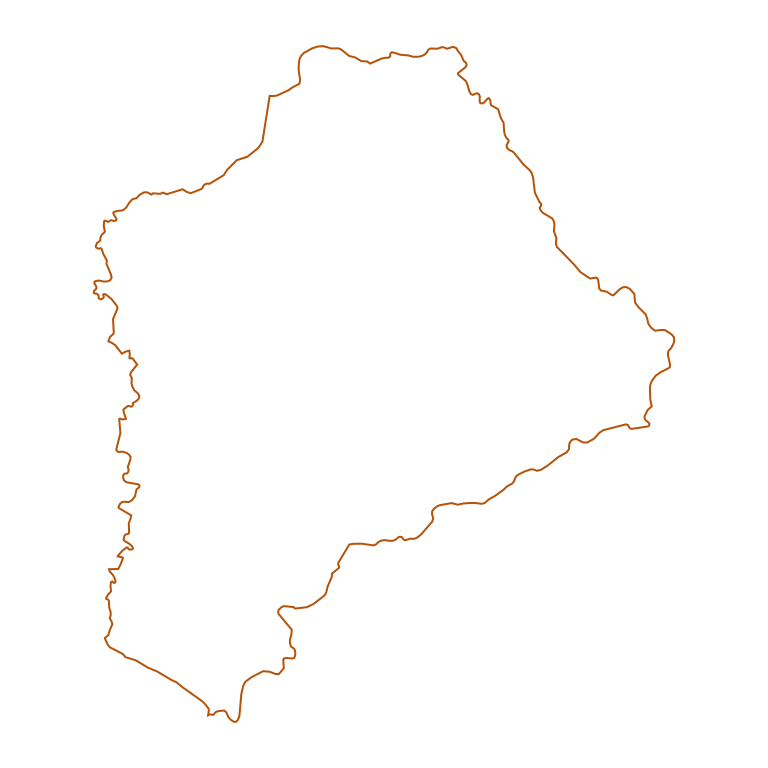 Piraera, Lempira, Honduras (Mercator projection)
{"feature_id": "27666195B26013568254344", "entity_name": "Piraera", "entity_type": "district", "adm_level": 2, "iso_a3": "HND", "parent_name": "Honduras", "parent_adm1": "Lempira", "projection": "mercator", "projection_center": [-88.47, 14.049], "detail": "fine", "context": "isolated", "style": "outline", "palette": "amber", "viewbox_px": 768, "rotation_deg": 0, "n_neighbors": 0, "source": "geoboundaries", "source_scale": "gbopen_adm2", "svg_char_len": 6041}
<svg xmlns="http://www.w3.org/2000/svg" viewBox="0 0 768 768"><path d="M651.7,406.3L650.3,399.6L649.9,387.8L650.5,384.0L652.4,380.0L655.8,375.6L661.1,371.9L668.6,368.2L669.8,367.0L670.1,364.9L668.0,355.5L667.9,352.8L668.6,350.9L671.1,348.1L673.5,343.7L674.3,339.8L673.7,336.9L671.7,334.5L665.2,330.2L662.0,329.9L655.0,330.7L651.2,327.8L648.4,323.9L647.2,318.6L645.6,314.3L638.4,307.1L635.4,303.1L634.9,301.4L634.4,294.0L629.8,288.9L626.5,287.1L623.0,287.2L619.8,289.2L613.3,295.4L611.2,294.7L606.7,291.7L600.9,290.5L599.2,288.4L598.3,280.5L597.3,278.2L595.6,277.6L590.1,278.6L580.4,272.1L574.4,264.9L556.9,246.9L555.9,243.8L556.4,238.0L553.9,231.2L554.5,224.5L553.8,221.1L552.2,218.4L542.6,212.7L540.1,209.5L539.7,207.6L541.0,206.0L541.2,204.0L539.4,201.8L534.9,192.8L533.1,177.7L531.5,172.6L529.5,170.0L523.6,164.6L513.9,152.6L512.6,151.5L509.2,150.0L507.0,147.8L506.6,145.2L508.5,141.7L508.7,140.4L506.3,137.6L504.8,134.8L504.1,130.8L503.6,122.8L501.0,118.4L498.1,109.2L491.3,105.4L490.6,103.8L490.3,100.0L488.7,98.1L487.8,98.4L484.0,102.6L481.8,103.5L480.3,103.1L479.6,101.0L479.8,96.5L479.0,94.3L477.1,93.3L475.2,93.7L473.0,94.9L470.9,94.1L469.4,91.4L467.4,84.6L465.8,81.0L458.2,74.7L457.9,73.7L458.4,72.8L465.2,67.5L466.4,65.9L466.6,64.4L465.9,62.7L463.7,60.9L461.0,54.7L457.9,51.0L456.4,48.2L453.1,46.8L446.8,48.8L444.6,47.6L442.0,47.1L437.7,48.7L430.4,48.5L428.2,49.8L426.8,52.6L424.5,54.7L420.9,56.3L417.2,56.8L412.7,56.7L408.8,55.5L400.2,54.7L394.4,52.7L391.6,52.3L390.3,53.7L390.1,56.4L388.8,57.6L384.4,57.9L381.3,58.7L370.1,63.6L367.2,61.4L361.4,61.2L355.3,57.5L349.1,55.9L341.5,49.7L338.4,48.3L331.5,48.5L323.2,46.1L317.6,46.6L312.2,48.3L303.9,52.9L301.5,55.4L299.8,58.3L299.0,62.1L298.7,67.5L298.7,70.5L300.1,79.7L299.4,83.8L292.3,87.5L288.7,90.1L277.1,95.5L273.1,96.1L269.7,95.9L262.4,141.7L258.3,148.0L247.4,156.7L236.8,160.2L227.2,169.7L223.9,175.0L209.5,183.8L207.0,183.6L204.9,184.4L203.4,185.8L202.1,188.4L201.1,189.1L190.8,193.2L186.9,192.0L182.7,189.3L166.6,194.2L163.1,192.6L160.3,193.8L153.0,193.3L151.5,194.6L147.5,192.4L144.1,192.3L139.8,194.7L136.4,198.2L133.2,198.9L131.8,199.8L129.2,202.8L126.4,207.3L123.9,209.6L122.0,210.5L117.4,210.9L113.7,212.1L113.3,212.9L113.7,214.5L116.5,218.8L116.2,220.4L113.8,221.0L111.1,220.2L108.0,221.9L105.2,220.6L104.1,221.2L103.8,226.4L104.9,231.8L101.7,234.8L100.5,237.5L100.2,240.7L96.9,243.1L95.7,246.5L96.2,247.5L97.4,248.3L99.0,248.7L100.8,248.2L101.7,249.1L103.5,254.4L106.8,260.3L106.5,263.9L111.0,274.6L111.6,277.6L110.2,280.3L107.4,281.4L104.0,281.6L98.6,280.5L95.0,281.3L94.4,282.2L94.4,283.3L96.2,286.3L96.5,287.9L96.1,288.9L94.3,290.6L93.7,292.6L94.3,293.4L96.5,293.6L98.0,294.7L98.7,295.9L98.6,298.2L100.4,299.3L101.8,299.0L103.5,297.8L103.8,296.6L103.2,295.0L103.6,294.2L104.4,294.0L106.1,294.7L111.3,298.8L116.3,305.1L117.4,307.4L117.4,308.7L113.0,319.1L113.8,332.9L113.2,334.1L110.0,336.9L108.4,341.4L111.5,342.7L115.2,345.1L121.9,353.7L125.7,351.6L129.3,350.7L129.8,354.4L129.4,358.0L130.1,358.5L131.7,358.2L132.6,358.5L137.2,364.6L131.3,371.8L130.1,374.7L131.8,378.0L131.5,383.6L132.4,386.8L134.2,390.2L138.2,393.7L139.2,395.8L139.3,397.7L137.3,400.3L132.8,403.2L132.9,405.2L132.2,406.3L131.0,406.7L128.9,406.0L127.4,406.2L123.4,409.6L123.6,411.9L126.0,418.8L122.6,419.5L119.9,418.6L119.2,419.1L120.4,433.1L116.3,449.3L116.8,450.8L118.3,452.0L122.4,451.6L126.8,453.0L129.2,454.8L130.6,457.0L130.2,460.1L127.8,467.0L128.6,470.0L128.3,471.7L127.2,473.4L124.5,473.7L123.2,475.4L123.1,477.9L124.0,480.3L126.3,482.2L138.4,484.4L139.1,484.9L139.6,486.2L139.2,487.3L136.5,489.4L135.0,496.3L131.9,500.3L128.7,502.1L124.1,501.7L121.9,502.2L120.0,503.9L118.5,507.0L118.9,508.1L131.2,515.4L130.5,518.7L128.8,523.2L129.1,532.7L128.2,533.9L125.9,534.4L124.6,535.3L123.6,539.2L124.6,541.0L128.9,543.5L132.1,546.2L133.0,548.3L132.4,549.3L129.9,549.7L128.7,549.1L127.6,547.6L126.4,547.5L122.1,551.0L117.8,555.9L117.7,556.4L122.5,557.4L123.0,557.9L120.7,564.2L118.2,569.0L109.0,569.2L109.9,571.6L112.6,574.6L114.4,577.5L115.5,581.0L115.3,582.3L114.5,582.9L113.6,582.8L112.3,581.5L111.0,582.1L110.5,585.7L111.0,591.4L108.0,594.6L106.1,598.0L106.4,599.0L108.1,599.6L108.9,600.7L109.2,607.5L110.7,612.3L110.6,615.5L109.7,618.2L111.2,620.7L112.4,624.0L109.6,630.7L108.3,635.2L104.8,638.1L107.7,644.6L109.9,647.3L122.8,654.0L125.5,657.2L135.6,660.2L147.8,667.6L157.2,671.5L171.0,679.7L176.5,682.3L182.9,687.5L202.0,701.1L203.9,702.7L208.4,708.3L208.9,710.3L208.1,715.3L210.1,714.4L213.2,714.9L215.7,712.1L217.8,711.2L224.0,710.5L226.3,712.3L228.2,716.6L230.6,719.6L233.8,721.8L235.9,721.9L237.8,720.1L239.4,716.1L241.3,694.3L243.1,686.1L245.4,681.7L251.5,677.2L263.1,671.2L269.5,671.7L275.5,674.0L278.8,674.1L283.8,668.3L283.3,661.0L283.6,658.6L286.0,658.0L292.2,658.5L293.8,658.2L294.6,657.4L295.4,653.6L294.9,650.2L294.0,648.6L291.0,646.6L289.9,643.0L290.0,639.6L291.5,633.8L291.7,629.7L278.6,613.9L278.1,612.0L278.6,610.0L281.1,607.5L283.7,606.1L293.8,607.1L294.6,608.3L295.4,608.5L306.8,607.2L313.6,603.9L323.8,596.0L325.3,594.4L326.3,592.2L327.5,586.9L331.8,576.8L332.0,573.6L338.8,568.0L339.1,566.8L338.1,564.6L338.3,562.8L349.3,544.5L353.3,543.8L361.9,543.7L373.4,545.4L375.7,544.6L378.5,542.0L381.1,540.7L384.7,540.1L389.8,540.9L393.1,540.7L395.6,539.7L398.2,537.4L399.9,536.7L401.8,537.1L403.7,539.6L405.2,540.3L410.0,538.7L414.1,538.8L415.9,538.2L418.2,536.9L421.8,533.7L432.2,521.6L433.2,518.3L432.0,513.9L432.2,511.3L433.9,508.8L437.4,506.1L439.8,505.2L451.5,503.1L457.8,504.7L463.1,503.5L468.4,503.1L474.8,502.9L481.2,503.8L484.4,503.2L489.1,499.2L494.7,496.1L503.7,489.6L507.1,486.3L512.4,483.4L514.1,481.2L515.6,477.0L517.5,475.1L524.3,471.6L530.5,469.4L532.9,469.4L537.1,470.8L541.1,469.7L547.4,465.8L558.2,457.1L566.7,452.3L569.0,449.2L569.2,444.7L569.8,442.5L571.2,440.6L572.9,439.4L576.5,439.0L582.7,442.3L585.2,442.6L587.6,442.3L593.6,439.0L599.7,432.5L603.3,430.2L625.7,424.4L627.8,424.9L629.6,428.0L631.5,428.9L648.2,426.4L649.3,425.0L649.3,423.3L645.3,419.8L644.6,418.1L644.6,416.2L647.6,410.1L651.7,406.3Z" fill="none" stroke="#b45309" stroke-width="2"/></svg>